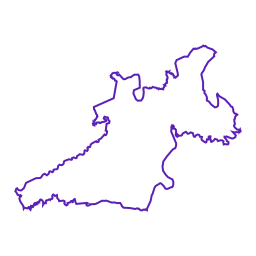 Nanumba South, Northern, Ghana (Natural Earth projection)
{"feature_id": "2480657B24752518727633", "entity_name": "Nanumba South", "entity_type": "district", "adm_level": 2, "iso_a3": "GHA", "parent_name": "Ghana", "parent_adm1": "Northern", "projection": "natural_earth1", "projection_center": [0.077, 8.766], "detail": "fine", "context": "isolated", "style": "outline", "palette": "violet", "viewbox_px": 256, "rotation_deg": 0, "n_neighbors": 0, "source": "geoboundaries", "source_scale": "gbopen_adm2", "svg_char_len": 5810}
<svg xmlns="http://www.w3.org/2000/svg" viewBox="0 0 256 256"><path d="M17.1,188.3L16.2,188.9L15.4,191.3L16.4,192.4L17.6,194.8L19.1,195.3L20.4,195.1L21.3,195.7L20.9,196.6L19.8,197.0L19.4,198.7L20.4,201.7L23.3,206.0L23.7,208.7L24.4,207.7L27.5,208.4L28.7,207.0L29.1,207.1L29.2,208.0L30.1,207.9L29.8,209.1L30.5,209.8L31.1,207.4L30.8,206.4L31.0,205.8L32.5,206.0L32.5,207.1L32.8,207.2L33.3,206.6L33.8,204.4L34.6,203.2L36.0,202.8L35.9,203.7L34.6,204.1L34.9,205.0L37.2,204.2L37.9,203.3L38.0,202.2L39.2,202.3L39.0,201.5L39.3,200.9L40.2,200.4L40.1,199.8L40.7,199.5L41.6,199.8L43.2,201.8L43.1,204.8L44.2,203.1L45.9,203.2L45.8,201.1L46.5,200.3L47.3,200.4L49.1,199.4L50.1,200.0L50.4,199.3L52.1,198.9L52.6,197.9L52.2,196.8L52.3,196.0L52.7,194.9L53.5,194.5L55.0,196.1L56.9,195.1L57.3,198.2L58.6,199.6L59.2,201.2L63.2,200.6L64.4,201.0L64.7,202.2L64.3,203.1L64.8,204.3L66.4,205.4L67.6,204.7L67.5,203.0L69.9,202.5L71.1,201.0L71.8,201.0L72.4,202.2L72.8,202.1L73.4,200.0L74.5,199.0L74.9,199.2L74.8,200.3L75.2,200.7L75.6,202.6L76.4,203.9L86.9,202.9L87.5,203.2L86.5,203.7L86.3,204.6L86.7,205.3L87.5,205.7L88.9,205.4L90.2,204.7L90.2,204.3L95.6,204.0L102.1,200.7L104.4,200.9L106.2,200.6L111.9,202.6L114.1,202.4L117.2,203.1L120.2,203.0L121.5,204.9L121.8,206.1L123.6,207.7L129.9,208.0L135.3,209.0L137.2,208.3L138.5,208.9L138.9,208.7L140.3,210.1L140.9,210.2L142.2,210.4L143.3,209.6L145.2,209.8L145.4,209.4L146.9,210.3L147.3,208.1L150.6,201.0L151.7,195.3L152.5,194.1L154.4,188.1L155.5,186.1L160.2,183.2L161.1,183.5L163.6,185.8L165.2,188.4L166.1,188.9L168.0,188.7L171.2,187.2L172.3,187.1L172.8,186.3L173.3,184.5L173.3,181.9L172.5,179.5L167.9,177.1L165.8,174.8L163.1,170.8L162.5,166.6L163.4,161.3L166.9,156.4L172.0,150.3L173.4,149.0L175.2,148.2L175.9,146.4L176.2,144.4L176.1,143.2L171.2,131.5L171.5,127.9L171.3,127.0L172.1,125.2L173.3,125.5L173.9,126.6L173.8,127.0L172.6,127.5L172.8,128.6L175.2,128.8L175.8,129.6L176.1,131.5L175.7,135.0L176.0,135.7L177.3,136.8L177.9,136.4L177.6,134.6L178.6,135.7L181.3,135.6L182.0,135.0L182.7,133.5L185.6,131.9L186.1,131.9L187.6,133.7L188.8,133.6L190.7,132.4L192.9,133.2L193.6,136.1L194.4,136.8L195.0,136.8L195.8,135.5L197.3,134.6L198.7,134.7L199.4,135.3L199.9,136.7L202.0,137.0L201.4,139.0L201.9,140.1L205.4,142.5L206.3,142.2L207.0,139.3L208.6,139.5L208.7,136.6L210.2,136.2L210.5,136.4L210.2,138.7L210.9,140.2L211.1,141.8L211.5,141.9L213.2,140.9L215.0,138.9L217.0,139.5L218.0,141.1L220.2,140.3L222.3,140.4L223.5,141.2L223.3,142.5L223.7,144.4L224.6,144.1L228.0,144.4L228.5,143.7L228.4,141.9L227.0,141.2L226.3,139.4L224.5,137.5L224.5,136.7L225.6,136.9L226.4,136.4L231.5,138.4L232.9,138.5L235.2,137.3L235.8,135.3L232.8,132.0L234.8,132.5L236.4,132.1L239.4,132.3L240.6,131.3L240.1,129.6L239.3,131.2L239.2,129.7L237.2,129.6L234.9,127.5L234.0,126.1L234.0,125.5L235.0,124.0L234.4,121.8L234.3,119.4L234.9,118.8L235.1,117.0L235.7,116.0L237.3,114.7L236.2,113.8L234.9,113.6L233.9,112.6L233.2,110.8L233.3,109.6L232.3,106.9L230.8,106.4L230.0,104.9L224.8,99.3L219.6,96.4L217.4,93.7L217.1,94.0L217.0,95.4L218.1,99.7L218.2,103.2L217.9,105.9L216.8,106.9L214.9,107.4L211.3,104.6L208.8,101.4L207.1,100.7L206.7,99.9L207.0,98.7L206.8,97.0L205.9,94.9L204.4,92.9L204.6,90.9L203.1,89.8L203.1,82.1L201.4,74.6L201.8,73.1L203.7,70.5L205.1,67.1L208.2,61.9L214.3,56.2L214.0,55.1L214.3,53.6L215.9,52.3L212.5,49.4L207.4,47.6L205.5,45.9L204.2,46.3L203.3,45.6L202.4,46.4L197.9,48.5L195.8,48.9L195.3,48.5L194.2,49.0L193.5,48.7L190.2,52.6L187.8,56.7L184.2,56.6L176.6,60.1L175.3,63.1L177.8,73.6L177.9,75.5L176.8,76.5L175.4,77.7L174.7,77.1L174.3,77.3L174.2,75.9L173.4,75.7L173.0,74.1L172.3,73.9L171.8,73.3L171.3,74.0L169.4,72.8L169.5,72.5L169.0,72.1L169.2,71.5L168.5,71.9L166.8,71.4L166.9,72.2L166.3,72.2L166.7,73.0L166.3,74.3L166.5,75.3L167.2,76.0L167.6,77.7L167.1,78.4L167.4,78.7L167.1,79.8L166.6,80.1L167.1,82.1L166.5,82.5L166.8,83.0L164.9,84.3L165.0,85.1L164.6,85.1L164.9,85.4L164.6,85.4L164.5,86.3L164.1,86.4L164.0,87.4L163.0,88.7L163.1,89.3L162.1,89.2L161.6,88.7L160.0,89.1L159.2,88.4L158.2,88.4L158.1,88.7L157.9,88.4L156.8,88.4L156.6,87.8L154.3,87.5L152.9,86.8L151.3,88.2L149.9,87.8L149.6,88.5L147.8,88.3L146.1,87.3L143.6,87.7L143.3,88.8L143.8,92.1L143.3,96.4L142.8,98.1L141.2,100.5L137.8,100.7L135.9,99.2L133.4,93.4L134.0,90.2L139.8,87.7L139.7,81.0L139.2,76.5L138.3,74.7L134.4,74.7L132.2,76.0L131.1,77.1L128.1,77.5L125.3,79.1L123.5,79.2L119.4,74.8L118.0,75.4L116.7,74.5L116.6,73.7L116.9,72.9L117.9,72.7L117.5,72.3L115.9,72.9L113.7,72.8L112.3,73.4L111.6,74.7L110.6,75.5L111.0,76.3L110.9,77.1L111.8,77.2L111.6,77.6L112.9,78.7L113.5,78.4L114.5,79.1L115.1,80.7L116.0,80.7L116.7,81.4L113.7,98.2L93.9,107.0L94.1,109.5L94.8,110.2L96.3,114.2L97.1,114.9L97.0,116.2L97.4,116.5L95.9,119.1L94.7,119.9L94.9,120.5L93.9,121.9L93.6,121.7L93.7,122.4L92.9,123.6L93.3,124.1L93.2,124.9L93.9,125.2L93.6,124.3L94.1,123.7L95.2,123.9L95.7,123.4L95.8,123.7L96.2,123.1L96.4,123.4L96.6,122.9L97.5,122.5L99.1,122.4L99.7,123.1L100.7,123.0L101.4,122.2L104.7,121.7L106.3,120.9L105.8,119.4L104.5,119.4L103.7,118.2L104.5,116.7L106.4,117.4L107.6,117.3L108.1,118.2L108.2,119.7L109.6,121.2L109.1,123.1L106.6,123.8L105.7,130.7L106.8,130.9L107.1,132.0L106.6,133.9L105.9,135.0L104.9,135.2L104.4,134.6L101.1,138.4L98.5,139.9L98.8,140.8L98.5,141.8L97.0,142.1L96.2,141.2L92.1,143.3L90.8,144.5L89.9,147.1L88.9,147.3L88.2,146.9L87.4,147.7L87.9,149.8L87.2,150.9L85.0,150.3L84.5,150.9L84.2,153.7L82.9,154.8L79.8,154.2L77.1,156.1L76.6,157.9L75.9,158.3L73.7,157.4L72.0,158.1L72.1,159.2L71.6,159.8L68.9,159.3L65.1,160.7L64.0,161.4L63.6,163.7L62.5,164.9L61.3,165.2L59.5,164.7L58.3,165.7L57.7,168.3L57.2,169.1L53.9,169.6L53.4,170.2L53.2,171.6L52.3,172.2L50.3,171.3L49.4,171.5L48.7,173.7L46.9,175.3L44.8,173.8L44.1,174.0L42.8,174.8L41.2,177.2L40.2,178.0L35.9,178.2L26.0,182.9L24.0,188.0L21.7,190.1L20.9,190.5L18.3,190.0L17.1,188.3Z" fill="none" stroke="#5b21b6" stroke-width="2"/></svg>